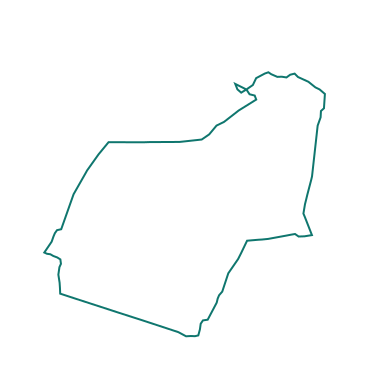 the district of Igreja Nova, Alagoas, Brazil, rotated 195°
{"feature_id": "56859067B76212973788295", "entity_name": "Igreja Nova", "entity_type": "district", "adm_level": 2, "iso_a3": "BRA", "parent_name": "Brazil", "parent_adm1": "Alagoas", "projection": "natural_earth1", "projection_center": [-36.632, -10.154], "detail": "fine", "context": "isolated", "style": "outline", "palette": "teal", "viewbox_px": 384, "rotation_deg": 195, "n_neighbors": 0, "source": "geoboundaries", "source_scale": "gbopen_adm2", "svg_char_len": 1295}
<svg xmlns="http://www.w3.org/2000/svg" viewBox="0 0 384 384"><g transform="rotate(195 192 192)"><path d="M166.0,305.1L161.7,301.3L156.4,301.4L153.9,297.9L168.0,282.8L179.2,268.0L185.5,262.5L190.3,252.1L196.2,245.2L213.2,238.6L217.1,237.1L246.0,229.2L251.3,227.6L285.5,218.5L292.0,204.2L298.9,185.7L299.7,182.5L305.8,159.2L308.7,122.2L312.5,120.2L313.8,116.7L314.3,113.0L314.7,107.7L319.0,95.3L316.1,94.8L312.7,95.2L309.4,94.3L305.2,93.9L301.7,92.8L300.0,88.7L300.6,85.1L299.7,77.6L296.4,70.1L294.7,65.1L293.0,59.7L276.7,58.8L232.8,56.5L216.6,55.7L208.1,55.3L168.9,53.1L160.4,51.1L155.8,52.6L151.8,53.5L148.8,55.1L148.8,61.4L149.5,67.0L148.2,70.8L143.8,72.7L139.5,91.5L139.6,95.7L139.1,99.3L137.0,103.6L135.9,122.9L130.1,139.2L128.7,145.9L126.2,159.2L115.7,163.0L112.1,164.2L106.3,166.4L89.2,174.5L85.3,176.4L81.6,178.1L77.5,176.6L71.9,178.3L65.0,181.4L76.4,196.9L78.8,200.0L79.7,209.4L79.8,215.0L79.9,218.8L80.0,234.6L80.1,238.1L87.8,288.6L87.1,297.4L88.4,303.6L86.2,307.0L89.0,321.1L95.3,324.1L99.9,325.0L108.1,328.6L119.4,330.5L123.5,332.9L127.5,330.7L130.4,327.1L135.1,326.6L139.4,325.3L146.0,326.3L149.2,327.4L152.3,325.3L159.5,318.6L160.9,311.1L166.0,305.1ZM166.0,305.1L171.3,306.2L178.2,307.6L174.7,302.9L170.2,300.7L166.0,305.1Z" fill="none" stroke="#0f766e" stroke-width="2"/></g></svg>